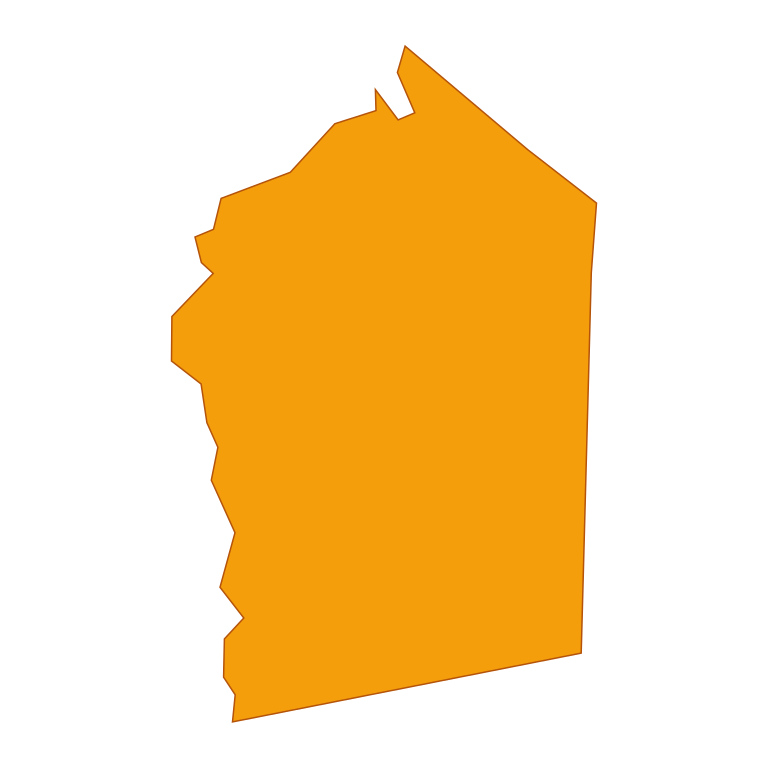 Jasper, Georgia, United States of America
{"feature_id": "52423323B27475125151595", "entity_name": "Jasper", "entity_type": "district", "adm_level": 2, "iso_a3": "USA", "parent_name": "United States of America", "parent_adm1": "Georgia", "projection": "equal_earth", "projection_center": [-83.762, 33.329], "detail": "fine", "context": "isolated", "style": "filled", "palette": "amber", "viewbox_px": 768, "rotation_deg": 0, "n_neighbors": 0, "source": "geoboundaries", "source_scale": "gbopen_adm2", "svg_char_len": 501}
<svg xmlns="http://www.w3.org/2000/svg" viewBox="0 0 768 768"><path d="M224.4,638.9L223.6,677.2L235.2,694.8L232.5,721.9L581.2,653.1L591.3,272.8L596.5,203.1L528.0,149.9L405.1,46.1L397.4,72.5L414.8,112.8L398.1,119.9L375.4,89.6L376.0,110.6L334.9,123.7L290.3,172.3L221.1,198.4L213.5,229.3L195.0,237.0L201.4,262.6L213.2,273.4L171.9,316.5L171.5,361.0L201.1,384.0L206.9,422.7L217.9,447.3L211.3,480.2L235.0,532.7L220.0,587.3L243.8,618.0L224.4,638.9Z" fill="#f59e0b" stroke="#b45309" stroke-width="1.5"/></svg>